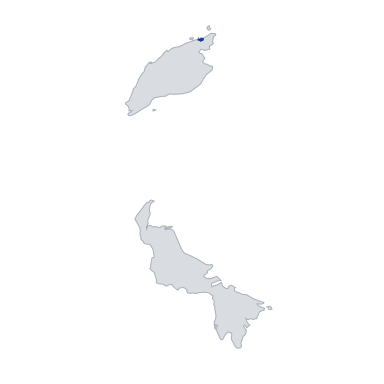 location of Yan, Kedah, Malaysia, rotated 81°
{"feature_id": "92858781B20286936830399", "entity_name": "Yan", "entity_type": "district", "adm_level": 2, "iso_a3": "MYS", "parent_name": "Malaysia", "parent_adm1": "Kedah", "projection": "robinson", "projection_center": [100.352, 5.848], "detail": "fine", "context": "in_parent", "style": "filled", "palette": "blue", "viewbox_px": 384, "rotation_deg": 81, "n_neighbors": 0, "source": "geoboundaries", "source_scale": "gbopen_adm2", "svg_char_len": 4358}
<svg xmlns="http://www.w3.org/2000/svg" viewBox="0 0 384 384"><g transform="rotate(81 192 192)"><path d="M325.9,190.8L323.9,190.4L321.0,188.4L318.1,187.7L309.7,187.7L308.4,187.1L306.8,188.2L303.9,187.2L302.2,187.4L300.3,188.6L297.7,187.5L296.4,189.3L294.7,190.4L292.9,195.1L292.5,200.8L292.9,204.3L292.0,206.3L291.7,210.3L291.1,212.0L288.7,212.8L287.6,212.2L285.5,214.6L285.0,215.6L284.9,219.5L286.6,220.8L286.6,221.6L283.1,224.8L280.1,226.7L279.7,228.3L280.9,231.7L280.4,233.3L278.8,234.1L277.6,238.5L276.2,241.3L275.6,241.6L273.6,240.7L265.6,241.9L263.2,244.2L261.0,245.6L259.2,244.3L258.3,244.4L250.8,241.9L250.5,239.8L249.8,239.4L242.1,239.6L237.3,241.8L235.5,247.3L233.0,247.9L231.1,249.8L227.8,249.6L225.7,250.1L222.5,249.2L219.4,249.1L209.6,252.6L206.5,250.1L196.9,240.3L195.5,238.5L195.2,235.5L194.1,235.0L193.8,234.2L193.6,233.3L195.1,230.8L196.6,234.0L199.0,235.7L203.1,237.0L207.0,236.6L212.4,239.8L214.1,240.3L216.0,240.1L219.3,242.5L221.4,242.6L218.7,240.9L218.2,239.6L218.5,238.2L220.3,236.2L220.5,233.2L221.8,230.2L222.1,228.7L221.1,227.7L220.9,225.8L221.7,223.2L223.5,224.5L225.0,224.2L225.0,219.5L226.1,217.5L227.9,216.1L246.3,211.4L249.3,210.2L251.3,208.8L257.9,198.8L265.8,189.5L266.8,186.1L266.7,183.8L267.2,183.3L268.0,182.9L269.8,184.2L270.7,185.1L272.3,189.1L273.9,189.2L276.4,193.1L277.1,193.5L277.8,193.3L279.8,190.8L280.4,189.0L279.9,188.8L280.8,186.7L280.0,185.3L279.3,180.6L283.9,177.2L283.9,181.1L285.2,186.7L287.5,187.5L288.7,187.2L288.1,185.5L287.9,182.2L287.2,180.0L285.8,177.2L289.6,176.6L292.6,173.6L293.0,171.7L291.1,170.6L290.3,169.1L290.3,167.6L293.3,164.1L293.6,165.1L295.6,165.4L296.5,165.3L297.8,163.9L298.5,161.8L300.8,158.8L302.0,154.2L307.8,146.9L312.4,138.2L313.3,138.9L313.6,141.2L312.6,145.3L314.7,144.3L318.2,138.6L320.2,139.5L320.1,141.1L320.9,144.0L326.8,147.8L327.6,151.6L326.3,153.0L326.8,156.6L326.4,157.8L324.5,158.8L329.7,157.8L332.7,155.7L334.6,159.2L331.6,160.6L332.3,162.1L335.1,161.2L336.8,160.0L338.5,160.3L341.2,161.7L342.0,162.5L342.5,164.3L344.5,164.9L348.5,167.3L352.2,167.3L353.5,168.5L353.4,171.6L351.5,173.4L343.9,176.0L341.9,175.9L339.1,175.0L337.2,175.5L335.9,178.5L338.2,181.5L342.2,184.6L342.7,185.4L341.9,186.9L333.1,189.3L331.2,189.1L327.9,187.6L325.9,190.8ZM38.3,148.4L39.3,144.1L40.7,143.9L42.0,146.4L46.7,148.3L48.1,147.7L48.8,148.1L49.4,148.7L50.7,152.1L53.7,152.1L54.1,157.5L52.7,159.5L52.5,160.9L54.7,163.4L56.0,162.8L57.0,160.6L62.0,158.4L64.0,160.8L65.8,160.8L67.2,159.9L68.2,157.0L70.2,154.8L70.9,152.1L73.8,152.8L74.9,153.4L78.1,159.2L82.3,163.3L85.5,165.5L87.4,167.7L92.6,178.1L93.2,181.5L93.5,186.7L92.7,194.4L91.7,198.3L91.9,200.1L93.3,202.9L92.9,205.6L93.0,213.9L94.6,216.9L99.2,220.5L105.9,236.5L107.1,241.0L106.4,242.8L105.2,243.2L104.2,242.3L103.6,240.1L102.0,238.4L102.2,241.5L99.3,241.1L97.3,241.6L94.9,243.8L93.7,243.9L91.7,239.8L84.1,235.2L81.3,234.0L78.4,230.6L71.7,226.7L67.5,223.0L65.7,220.6L61.4,218.6L59.5,216.2L57.7,214.8L58.7,212.5L57.8,207.9L54.7,203.9L53.2,201.0L50.4,198.2L48.1,194.6L49.5,193.6L47.2,189.8L46.5,187.0L46.5,181.8L44.1,174.5L42.2,164.3L42.5,160.8L42.0,156.9L38.3,148.4ZM318.3,134.8L317.3,135.8L317.0,133.1L318.4,131.7L320.3,131.4L320.4,133.8L319.9,134.5L318.3,134.8ZM33.9,147.9L35.0,149.9L34.1,151.1L33.4,150.8L32.1,151.7L30.7,149.8L30.5,148.8L32.2,149.0L33.9,147.9ZM224.1,223.6L223.6,223.8L222.8,223.2L222.6,217.5L223.2,217.0L223.9,218.1L224.1,223.6ZM41.9,167.7L40.7,170.3L39.5,170.0L39.7,167.0L40.4,166.6L41.9,167.7ZM331.0,190.5L328.7,190.9L327.1,190.8L327.4,189.3L328.1,189.1L331.0,190.5ZM105.9,217.7L104.7,217.7L104.4,217.0L105.3,215.1L105.9,217.7ZM58.1,212.9L57.2,213.2L57.3,212.1L58.0,211.4L58.1,212.9Z" fill="#d9dde1" stroke="#a8b0b8" stroke-width="1"/><path d="M44.0,159.1L43.9,158.9L43.7,158.5L43.8,158.5L43.8,158.4L43.8,158.1L43.7,157.9L43.7,157.7L43.4,157.4L43.3,157.2L43.2,157.2L42.9,157.2L42.7,157.1L42.4,157.2L42.2,157.2L42.1,157.5L42.2,158.1L42.2,158.8L42.2,159.1L42.3,159.2L42.4,160.1L42.4,160.7L42.3,161.1L42.3,161.3L42.3,161.5L42.2,161.9L42.4,161.9L42.6,161.9L42.8,161.9L42.8,161.7L42.9,161.4L43.0,161.2L43.2,160.9L43.3,160.8L43.4,160.7L43.5,160.6L43.6,160.4L43.5,160.2L43.6,159.9L43.8,159.7L44.0,159.7L43.9,159.5L44.0,159.4L44.0,159.2L44.0,159.1ZM41.8,158.9L41.7,158.9L41.7,159.0L41.8,159.0L41.8,158.9L41.8,158.9ZM41.1,161.4L41.0,161.2L41.0,161.3L41.1,161.4Z" fill="#3b82f6" stroke="#1e3a8a" stroke-width="1.5"/></g></svg>